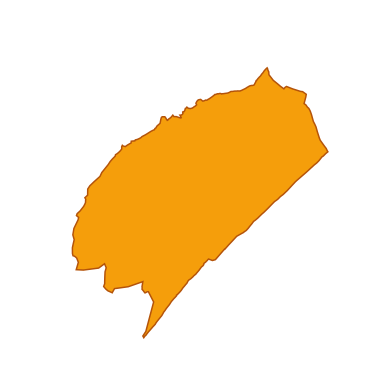 Tambrauw, Papua Barat, Indonesia (orthographic projection), rotated 306°
{"feature_id": "22746128B68810971865676", "entity_name": "Tambrauw", "entity_type": "district", "adm_level": 2, "iso_a3": "IDN", "parent_name": "Indonesia", "parent_adm1": "Papua Barat", "projection": "orthographic", "projection_center": [132.821, -0.81], "detail": "fine", "context": "isolated", "style": "filled", "palette": "amber", "viewbox_px": 384, "rotation_deg": 306, "n_neighbors": 0, "source": "geoboundaries", "source_scale": "gbopen_adm2", "svg_char_len": 4919}
<svg xmlns="http://www.w3.org/2000/svg" viewBox="0 0 384 384"><g transform="rotate(306 192 192)"><path d="M336.3,180.5L336.6,179.8L334.5,179.4L332.2,179.2L330.9,179.3L330.1,179.3L328.2,179.1L326.3,179.2L326.1,179.2L325.5,179.1L325.1,179.0L324.8,179.0L324.6,178.9L324.0,178.9L323.3,178.8L322.7,178.7L322.0,178.7L321.3,178.7L320.7,178.7L319.9,178.4L319.6,178.7L319.0,178.7L318.5,178.8L318.1,178.9L317.3,179.0L316.6,179.1L316.2,179.2L315.7,179.2L315.2,179.3L314.6,179.1L314.1,178.6L313.7,178.3L313.4,177.8L313.0,177.4L312.6,177.0L311.7,176.3L311.2,176.1L310.7,175.8L310.3,175.7L309.7,175.4L309.3,175.2L308.8,175.0L308.3,174.9L307.8,174.6L307.3,174.5L306.8,174.2L305.8,173.7L304.8,173.1L304.3,172.9L303.8,172.6L303.4,172.4L302.8,172.0L302.5,171.8L302.0,171.5L301.7,171.1L301.3,170.7L301.0,170.1L300.6,169.5L300.0,168.9L299.7,168.5L299.3,168.0L298.8,167.3L298.2,166.7L297.7,166.2L297.1,165.6L296.6,164.9L296.2,164.4L294.4,163.6L292.9,162.6L291.0,160.6L289.5,159.1L289.4,158.8L288.9,158.4L288.7,158.3L288.6,157.5L288.2,156.7L286.7,155.4L286.4,154.8L285.9,154.5L285.5,154.2L285.4,154.2L285.2,154.0L284.7,153.7L284.3,153.4L284.3,153.2L283.0,152.9L280.9,152.3L278.9,151.6L277.7,151.2L276.3,150.5L276.2,150.5L275.7,150.4L274.6,149.6L274.4,149.0L274.0,148.8L273.5,148.5L272.8,148.1L272.6,148.0L271.8,147.1L271.9,146.1L272.0,144.6L270.6,143.2L269.3,142.8L269.3,142.7L268.0,142.7L267.2,142.8L266.1,143.0L265.2,144.5L264.6,144.4L263.3,144.2L262.5,143.6L262.3,143.6L261.5,143.5L261.1,143.3L260.7,143.1L260.3,143.1L258.6,141.7L257.6,139.9L257.5,139.2L257.7,138.7L257.6,137.9L256.0,137.8L255.6,137.9L255.6,138.4L255.4,137.6L253.5,138.3L252.0,138.2L251.7,137.6L251.4,137.6L251.2,137.5L250.7,137.9L250.2,138.5L249.4,138.6L248.2,138.3L247.7,137.8L247.1,137.1L247.0,137.4L245.5,140.1L245.5,139.7L244.7,138.0L243.8,135.0L242.4,133.1L242.9,131.3L241.0,131.2L240.4,131.1L239.7,131.1L239.0,130.8L238.6,130.7L238.0,130.5L237.2,130.2L236.4,130.2L236.2,130.1L235.8,130.1L235.7,130.1L235.4,129.9L235.5,129.7L235.8,129.1L235.8,128.8L235.9,128.6L236.1,128.0L236.6,127.0L236.9,125.8L235.4,123.7L234.4,123.4L232.4,124.1L230.3,125.1L228.7,125.8L224.9,124.9L223.4,125.0L222.9,125.2L221.6,124.7L220.3,125.0L219.6,124.5L216.9,123.1L213.1,121.6L210.9,120.7L207.5,119.0L205.8,118.7L203.3,117.4L202.2,116.7L200.8,115.5L199.8,115.7L197.4,113.0L195.9,113.9L192.1,112.2L189.5,111.3L188.7,109.1L188.8,108.2L187.3,108.5L185.4,109.9L182.4,109.7L179.2,109.0L177.2,108.2L175.8,108.8L172.1,108.2L168.6,107.9L165.1,108.1L154.7,107.6L150.5,108.4L143.1,106.8L137.0,105.7L133.1,105.9L128.1,109.4L125.9,109.0L124.4,108.7L123.7,110.3L122.4,111.0L121.0,112.0L119.4,112.4L116.7,112.8L113.4,112.7L110.9,112.6L107.0,111.8L105.0,112.4L104.8,115.2L102.5,116.2L93.1,117.9L87.3,120.8L84.2,124.7L80.9,126.1L76.6,128.0L71.9,131.5L70.5,133.2L70.9,134.4L71.0,135.8L70.8,137.5L68.3,141.4L66.6,142.0L61.1,144.0L65.0,150.0L75.6,161.2L82.5,163.4L80.3,167.1L76.3,168.6L72.5,171.1L67.8,174.3L66.6,175.2L63.6,176.1L62.8,179.4L62.6,182.0L63.6,186.7L64.0,186.6L68.3,186.1L70.4,188.3L77.9,196.1L78.9,196.8L90.6,204.9L88.4,206.0L87.7,206.4L86.2,207.1L85.3,207.9L83.9,208.8L83.5,210.6L83.0,212.1L82.7,213.2L83.0,213.5L83.3,213.7L83.6,213.8L84.1,214.0L84.5,214.1L85.0,214.5L85.4,215.0L85.7,215.3L80.5,225.6L52.1,236.6L46.6,236.9L45.8,238.6L47.9,238.6L49.0,238.9L51.2,238.9L53.5,239.0L55.3,239.2L60.2,239.6L61.5,239.8L63.4,240.0L65.0,239.8L66.8,239.8L70.7,240.0L74.3,240.2L75.2,240.1L78.5,239.7L79.8,239.8L82.8,239.7L85.1,239.8L87.0,239.9L88.0,239.9L91.2,239.7L93.6,239.9L95.1,240.0L96.9,240.3L99.1,240.5L99.5,240.1L100.8,240.5L102.1,240.7L104.5,241.0L106.1,241.1L109.1,241.0L111.4,241.2L113.5,241.3L115.0,241.5L117.6,241.1L118.6,241.1L121.1,242.0L124.0,242.6L125.3,242.7L127.9,243.4L129.2,243.4L130.2,243.5L132.8,243.7L134.9,243.7L136.9,243.7L138.6,244.2L139.4,244.2L140.1,244.2L141.2,243.6L142.5,244.0L143.5,244.3L144.3,244.3L145.5,244.6L146.5,244.6L147.5,244.8L148.6,248.8L151.0,250.7L165.0,251.9L165.0,252.2L170.3,252.7L182.5,254.2L188.6,257.0L189.3,257.4L190.6,257.7L192.8,258.5L195.5,258.8L198.3,258.9L201.8,259.1L204.4,259.1L206.5,259.8L208.2,260.2L209.3,260.5L213.0,261.1L215.8,261.6L217.3,262.0L220.7,262.6L223.8,263.1L228.1,263.7L232.8,264.4L235.4,265.3L236.8,265.7L240.3,266.2L243.5,267.2L247.4,267.9L248.4,268.1L248.9,268.2L255.8,269.0L260.8,269.6L262.9,270.0L265.4,270.6L266.3,270.8L272.3,272.2L274.9,272.8L278.3,273.5L281.9,274.2L282.2,274.3L285.8,275.0L288.6,275.8L291.8,276.3L296.8,276.5L298.3,277.1L301.7,277.6L304.4,278.3L305.0,276.9L306.1,275.0L307.0,272.0L308.0,269.0L309.2,265.4L310.5,263.3L314.4,258.0L317.5,254.1L319.1,251.3L320.4,248.7L322.8,245.7L324.8,243.2L326.9,240.2L328.3,237.4L328.5,235.4L329.4,233.0L329.4,230.7L335.8,228.2L338.2,227.0L338.2,222.5L337.2,220.7L334.6,212.9L332.9,206.4L331.3,205.8L329.5,205.7L329.5,204.2L329.5,201.5L329.8,197.7L330.1,192.1L332.1,185.3L334.3,183.5L335.2,181.8L336.3,180.5Z" fill="#f59e0b" stroke="#b45309" stroke-width="1.5"/></g></svg>